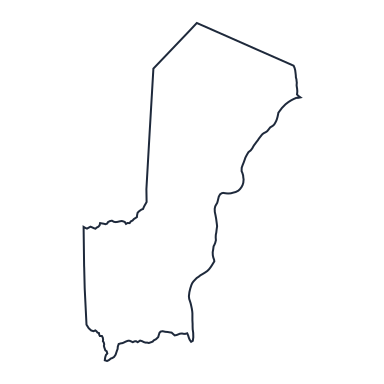 the district of Sítio do Mato, Bahia, Brazil
{"feature_id": "56859067B96329071012082", "entity_name": "Sítio do Mato", "entity_type": "district", "adm_level": 2, "iso_a3": "BRA", "parent_name": "Brazil", "parent_adm1": "Bahia", "projection": "robinson", "projection_center": [-43.472, -12.868], "detail": "fine", "context": "isolated", "style": "outline", "palette": "slate", "viewbox_px": 384, "rotation_deg": 0, "n_neighbors": 0, "source": "geoboundaries", "source_scale": "gbopen_adm2", "svg_char_len": 3303}
<svg xmlns="http://www.w3.org/2000/svg" viewBox="0 0 384 384"><path d="M300.4,97.4L298.2,95.8L297.0,94.4L297.2,92.8L297.3,91.2L297.1,88.7L296.8,86.9L296.6,85.3L296.8,82.7L296.6,81.2L296.4,79.2L295.9,77.4L295.8,75.3L295.5,72.7L295.2,70.3L294.6,68.0L293.6,65.7L256.4,49.3L216.8,31.8L196.8,23.0L189.2,31.1L153.4,68.6L149.6,133.1L146.4,189.1L146.6,202.0L145.6,203.8L144.6,205.5L143.8,207.1L143.0,209.0L141.4,209.6L140.0,210.6L138.7,211.6L137.6,212.8L137.1,215.1L136.9,217.1L135.2,218.2L133.8,219.1L132.6,220.5L130.8,221.4L129.6,223.1L127.5,223.0L126.0,223.9L124.8,222.0L123.3,221.4L121.8,221.0L119.9,221.3L117.4,221.9L115.6,222.1L113.9,221.8L111.9,220.7L109.9,221.1L108.0,222.1L107.2,223.5L105.6,224.2L103.6,223.7L100.1,223.1L99.6,225.3L98.4,226.7L96.8,227.5L95.4,228.7L93.9,228.2L92.0,227.3L90.5,226.7L88.8,227.6L87.0,228.6L85.3,227.9L83.6,226.9L84.1,265.8L84.2,268.1L84.7,288.4L86.5,324.7L87.7,326.6L88.7,328.2L89.9,329.3L91.2,330.5L93.6,331.2L95.3,330.4L96.5,331.3L97.5,332.6L99.0,333.1L99.2,334.7L99.9,336.0L101.9,336.0L102.8,337.7L103.1,339.6L102.9,341.2L103.7,342.3L104.2,344.2L103.9,345.9L104.3,347.4L104.8,348.8L105.3,350.3L106.7,351.3L107.3,353.5L106.0,354.9L105.3,357.0L105.0,358.5L104.8,360.3L107.0,361.0L108.9,360.1L110.9,358.5L112.4,358.0L114.1,356.9L115.6,354.7L116.4,352.3L116.9,350.8L117.6,349.0L117.8,346.6L118.7,344.0L120.7,343.4L122.5,343.1L123.7,342.6L125.5,341.7L127.0,341.1L128.3,340.7L129.7,340.8L131.1,341.4L132.8,342.2L134.4,341.4L136.0,341.2L137.7,342.2L140.1,340.6L141.9,341.1L143.9,342.1L145.5,342.6L147.2,342.6L148.8,343.0L151.4,342.1L152.7,341.6L153.7,340.4L156.0,339.2L158.2,337.1L158.8,335.0L159.5,332.8L160.6,331.6L162.6,331.2L165.3,331.8L167.7,332.0L169.9,332.4L171.6,332.6L172.9,333.8L174.7,335.4L176.7,335.0L179.9,333.7L182.0,333.5L183.4,333.8L185.1,333.9L187.2,333.3L188.2,335.6L188.9,337.9L189.7,339.8L191.1,341.8L192.8,340.8L193.3,337.3L193.2,332.9L192.7,329.4L192.6,326.4L192.6,323.9L192.4,320.2L192.4,317.5L192.4,315.1L192.4,313.3L192.2,311.1L191.8,308.6L191.1,305.3L190.6,303.2L190.0,301.3L189.2,298.9L188.9,296.2L189.4,292.1L190.3,288.4L191.4,285.0L192.2,283.2L193.3,281.6L194.5,280.3L196.7,278.0L198.7,276.7L200.4,275.3L202.5,274.1L204.8,272.7L207.3,271.0L209.1,269.2L210.7,267.1L211.9,265.3L213.3,263.0L214.3,261.4L214.1,259.8L213.3,257.5L212.8,255.2L212.7,252.2L213.2,249.3L213.6,246.3L214.4,244.8L215.2,242.9L215.9,240.2L215.7,237.5L215.8,234.9L216.3,232.4L216.6,229.7L217.1,226.2L216.7,222.9L216.1,218.5L215.5,215.2L214.8,211.9L214.7,208.8L215.2,206.4L216.1,204.7L217.2,202.9L217.7,201.1L218.3,198.6L218.8,196.6L220.1,194.3L221.8,193.2L223.2,192.9L225.1,193.2L226.7,193.4L228.4,193.5L230.9,193.3L233.0,192.7L235.7,192.0L238.3,190.7L240.0,189.1L241.5,187.1L242.6,185.0L243.3,182.7L243.6,179.5L243.3,177.5L243.1,175.4L242.4,173.0L241.6,171.1L241.7,167.7L242.7,164.9L243.6,162.7L244.8,159.4L245.4,157.6L246.5,155.5L247.4,153.9L248.5,152.1L250.7,150.4L252.3,148.3L253.1,146.8L254.0,145.3L255.0,144.0L256.6,141.8L257.8,140.3L258.9,138.6L261.6,135.1L262.5,134.1L263.9,133.1L265.7,132.2L267.2,131.2L268.5,129.6L270.2,127.4L272.8,125.8L274.2,124.5L275.4,122.5L276.3,120.7L276.9,119.1L277.5,117.0L278.0,114.8L278.4,112.7L281.9,108.0L285.5,104.3L288.5,102.0L291.2,100.3L293.5,99.1L296.2,97.9L298.5,97.8L300.4,97.4Z" fill="none" stroke="#1e293b" stroke-width="2"/></svg>